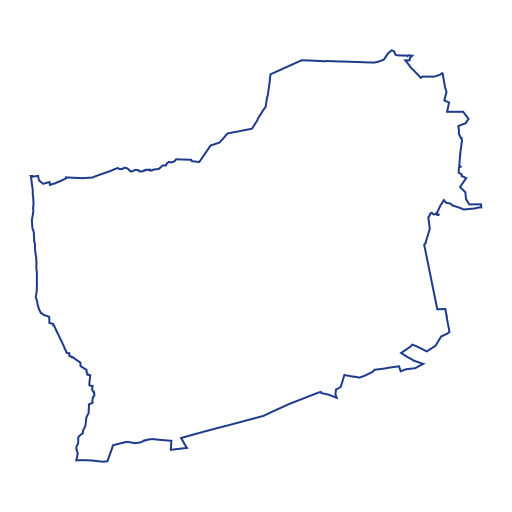 Skultes pag., Limbaži, Latvia (Natural Earth projection)
{"feature_id": "27541924B61161973080375", "entity_name": "Skultes pag.", "entity_type": "district", "adm_level": 2, "iso_a3": "LVA", "parent_name": "Latvia", "parent_adm1": "Limbaži", "projection": "natural_earth1", "projection_center": [24.474, 57.372], "detail": "fine", "context": "isolated", "style": "outline", "palette": "blue", "viewbox_px": 512, "rotation_deg": 0, "n_neighbors": 0, "source": "geoboundaries", "source_scale": "gbopen_adm2", "svg_char_len": 5784}
<svg xmlns="http://www.w3.org/2000/svg" viewBox="0 0 512 512"><path d="M134.0,443.2L139.5,442.6L142.9,441.4L143.5,440.7L144.7,440.3L144.7,440.6L145.1,440.6L148.6,439.5L152.4,439.1L159.3,439.8L171.4,440.8L170.8,449.8L187.0,447.9L184.2,443.6L184.1,443.2L181.1,438.0L204.8,431.4L208.0,430.6L211.1,429.7L224.3,426.3L263.4,415.9L266.9,414.3L270.3,412.6L288.7,404.2L318.6,392.5L320.9,392.0L321.4,393.1L328.1,394.5L336.7,397.8L335.5,394.6L335.5,393.2L336.0,390.2L335.9,390.1L335.9,389.7L340.3,387.2L340.8,386.7L344.4,375.0L352.3,376.5L354.8,376.8L354.9,376.7L355.4,376.9L359.7,377.6L362.4,376.5L363.9,376.1L372.6,371.9L374.4,369.8L384.3,368.6L388.2,367.8L399.0,366.3L400.7,371.3L404.3,369.9L404.5,369.7L405.8,369.4L407.4,369.1L415.1,368.2L423.2,363.9L413.4,360.5L413.4,360.3L407.1,356.8L401.1,353.0L410.4,346.7L412.4,344.6L417.3,346.6L426.8,351.4L435.6,345.7L441.1,336.5L447.0,333.8L449.5,332.0L449.3,331.5L449.0,329.3L446.6,317.0L446.9,316.4L446.7,316.1L445.4,309.5L445.2,309.0L437.3,309.3L436.9,307.3L424.2,244.8L424.2,244.6L425.7,243.0L425.5,242.9L429.8,228.8L428.3,217.5L429.8,215.0L429.7,214.8L430.0,214.0L430.4,213.9L431.2,212.9L431.6,212.7L432.0,212.8L433.1,214.0L434.1,214.5L434.4,214.5L435.0,214.1L435.8,213.9L436.0,214.0L436.9,214.7L437.9,215.0L438.4,215.1L438.7,214.8L436.5,213.0L437.3,212.2L440.4,205.6L443.0,201.6L443.8,200.1L446.2,202.8L450.4,203.6L452.4,205.5L452.6,205.4L460.8,208.2L463.6,209.5L474.5,208.5L478.7,207.5L481.3,207.4L481.0,204.3L469.3,204.4L466.0,199.1L465.4,192.3L460.1,187.1L461.1,185.4L466.2,178.1L462.5,176.3L461.7,176.1L461.7,174.4L458.7,172.7L458.9,167.3L460.6,166.7L459.3,165.3L460.2,153.9L460.3,153.9L460.4,153.4L460.3,152.2L460.6,150.9L461.7,142.1L462.1,141.1L461.5,137.9L460.8,138.0L458.7,133.3L459.1,132.1L458.4,126.0L463.4,124.0L465.8,123.3L466.6,121.7L468.6,119.0L465.6,115.0L463.1,111.8L447.1,111.8L449.1,102.5L447.4,101.8L444.3,100.4L446.4,92.4L446.5,92.0L445.2,87.9L443.7,79.6L442.7,73.6L442.0,73.2L440.1,74.7L434.4,76.6L422.9,76.6L422.0,76.9L421.3,77.4L420.9,77.8L410.6,67.3L408.4,64.2L405.3,60.4L409.6,60.3L409.9,58.0L412.2,55.7L408.4,55.3L407.4,56.2L406.4,55.4L405.0,55.6L397.4,55.3L395.4,54.7L394.6,52.9L394.3,51.5L391.8,50.3L388.1,53.3L383.8,59.7L377.6,61.9L374.0,62.6L345.6,61.6L335.3,61.4L334.8,61.3L326.0,61.0L325.5,61.1L325.4,61.3L307.1,60.4L301.5,60.3L270.5,74.3L269.9,79.2L270.0,79.4L267.9,94.8L267.0,97.8L265.6,107.0L264.7,107.9L257.8,118.7L257.5,120.0L252.0,128.7L227.4,133.5L223.4,138.3L219.4,142.6L210.6,145.5L199.3,162.0L191.8,161.2L191.2,159.8L176.1,159.3L174.5,161.4L173.1,161.7L171.3,162.4L170.7,162.4L169.0,161.8L166.8,163.5L165.9,165.5L163.6,165.4L162.3,165.8L159.3,168.5L158.6,169.0L153.7,169.5L153.0,169.9L152.4,170.0L152.2,170.3L151.8,170.5L151.2,170.3L150.3,170.6L150.0,170.5L149.9,170.1L149.7,169.9L149.6,169.6L149.3,169.8L148.9,169.8L148.4,170.1L147.8,169.8L147.4,169.8L146.7,169.6L146.4,169.9L145.4,170.3L144.9,170.1L144.8,170.3L144.2,170.4L144.1,170.8L142.0,171.4L141.5,171.3L140.6,171.5L140.4,171.4L139.4,171.4L139.2,171.2L139.0,170.8L138.9,170.4L135.7,169.8L131.4,171.5L130.7,171.3L129.1,169.9L129.1,170.0L128.5,169.3L126.3,167.9L124.1,167.9L123.0,168.5L122.7,168.9L121.8,169.1L119.5,169.0L118.6,168.6L117.8,168.0L113.8,169.5L111.5,170.6L97.0,175.7L92.0,177.6L88.0,177.8L83.8,178.1L82.7,178.2L66.0,177.4L66.2,178.3L60.0,181.2L59.8,181.3L59.7,181.6L58.7,181.6L58.3,181.9L57.8,182.0L57.0,182.3L56.8,182.6L55.9,182.9L55.5,183.3L55.0,183.3L54.4,183.6L54.0,183.5L51.0,184.5L50.8,184.4L50.6,184.5L50.4,184.9L50.0,185.0L49.9,184.8L49.5,182.0L43.2,183.8L42.9,183.6L39.0,180.4L38.1,175.9L32.5,176.7L32.3,176.0L30.7,176.0L30.9,176.6L31.2,178.7L31.4,179.2L31.4,180.2L31.5,180.5L31.6,181.7L31.7,182.1L31.9,184.6L32.1,185.1L32.3,186.3L32.3,186.6L32.2,186.9L32.5,187.9L32.8,191.4L32.7,192.5L32.9,195.7L33.1,196.7L33.2,198.9L33.5,200.3L33.3,201.2L33.4,202.1L33.6,203.2L33.2,206.3L33.3,207.3L33.1,208.2L33.2,208.8L33.3,209.1L33.2,209.6L33.3,211.4L32.9,214.1L32.9,214.6L32.3,217.5L31.9,219.9L31.9,221.2L32.0,222.3L32.1,224.5L32.3,227.0L32.5,228.3L33.0,230.0L33.4,230.8L33.9,232.6L33.9,233.8L33.9,235.0L34.2,237.9L34.2,239.3L34.0,240.2L34.5,242.0L34.6,242.7L35.0,243.9L34.9,245.2L35.1,246.7L34.9,247.4L35.1,249.5L35.1,250.5L35.7,254.7L35.7,255.2L36.0,256.1L36.3,258.2L36.2,258.9L36.2,259.6L36.4,261.6L36.3,262.2L36.5,263.3L36.3,267.2L36.4,268.2L36.5,270.0L36.7,271.1L36.9,273.8L36.9,277.8L36.8,278.8L36.9,280.7L36.9,284.2L37.0,284.9L36.8,287.1L36.8,290.3L36.6,291.3L36.6,292.4L36.5,293.0L36.2,293.8L36.1,295.6L35.8,296.4L35.8,297.6L35.9,298.1L36.7,299.8L37.2,301.5L37.3,303.2L37.8,304.8L37.9,306.0L38.1,306.6L38.6,307.5L39.0,309.4L40.1,311.3L40.9,313.3L42.2,313.4L43.4,314.8L49.2,316.8L49.4,323.0L53.2,323.9L53.3,325.6L54.1,325.7L56.3,330.3L56.1,330.4L57.4,332.8L57.7,333.3L64.0,346.6L64.6,348.1L64.6,348.7L65.8,350.4L66.7,352.9L67.0,353.0L69.4,353.3L69.3,355.9L72.0,356.8L71.9,357.4L73.6,357.7L73.7,357.9L77.7,360.8L79.8,362.1L80.0,362.4L80.3,362.7L80.4,362.9L80.5,366.0L81.5,366.8L82.8,367.4L83.2,367.8L86.3,369.7L86.6,370.0L86.6,370.6L86.4,371.6L87.6,373.7L87.3,374.6L90.3,375.3L89.6,381.0L89.3,384.6L89.6,385.6L92.6,385.9L92.1,388.9L91.9,389.3L93.3,391.7L93.8,391.6L94.2,392.7L93.9,393.4L94.3,394.0L94.3,395.8L93.6,396.2L92.9,397.6L92.3,401.1L92.6,402.8L88.9,404.4L89.0,405.6L88.8,408.6L88.6,413.1L86.7,416.6L86.3,418.2L85.4,425.8L83.4,429.7L82.7,433.5L81.4,434.2L78.8,436.5L78.4,437.3L78.1,438.4L78.3,439.1L78.1,443.7L77.6,444.4L76.4,446.8L76.4,449.4L76.5,449.4L76.8,450.1L77.8,453.7L77.7,454.3L77.3,455.1L77.2,456.6L76.8,458.6L76.7,458.8L76.3,460.4L78.8,460.4L79.2,460.2L85.9,460.2L88.2,460.4L91.4,460.4L97.7,461.2L102.7,461.7L107.4,461.3L112.2,447.9L112.9,445.3L121.4,443.1L123.6,442.7L124.2,442.3L124.7,442.4L126.6,441.8L127.3,442.0L127.7,441.9L131.5,442.5L134.0,443.2Z" fill="none" stroke="#1e3a8a" stroke-width="2"/></svg>